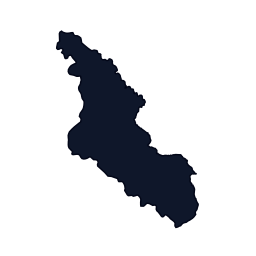 Elías, Huila, Colombia, rotated 262°
{"feature_id": "7082276B98315935443", "entity_name": "Elías", "entity_type": "district", "adm_level": 2, "iso_a3": "COL", "parent_name": "Colombia", "parent_adm1": "Huila", "projection": "orthographic", "projection_center": [-75.954, 2.003], "detail": "fine", "context": "isolated", "style": "filled", "palette": "ink", "viewbox_px": 256, "rotation_deg": 262, "n_neighbors": 0, "source": "geoboundaries", "source_scale": "gbopen_adm2", "svg_char_len": 5849}
<svg xmlns="http://www.w3.org/2000/svg" viewBox="0 0 256 256"><g transform="rotate(262 128 128)"><path d="M233.1,75.7L232.4,74.0L231.0,73.2L223.4,72.4L222.6,71.5L221.9,70.1L217.9,68.7L216.8,68.5L215.7,69.3L215.6,70.5L216.2,72.2L216.0,73.2L215.7,74.0L214.8,74.5L214.2,74.6L213.6,74.2L213.1,73.6L211.9,72.8L210.8,74.1L210.1,74.7L209.0,74.9L206.0,75.3L205.4,76.0L205.5,77.2L205.9,78.0L207.2,78.6L207.9,79.2L208.2,81.3L207.5,82.1L205.4,82.9L201.1,85.7L200.1,85.8L199.2,85.3L198.8,83.4L197.7,80.5L196.3,78.8L194.2,77.2L192.2,76.7L190.5,77.1L189.2,78.0L187.8,81.9L186.5,84.1L186.2,85.6L186.2,87.5L185.8,88.2L184.4,88.3L181.9,88.4L179.9,87.5L178.2,87.0L175.7,85.1L174.4,84.7L173.0,84.7L171.9,84.9L169.4,86.1L167.6,86.6L165.8,86.6L163.7,86.8L162.0,87.6L160.4,88.3L158.5,88.0L156.6,87.6L154.0,86.7L152.5,85.8L149.1,82.7L146.3,81.5L144.2,82.7L142.8,82.8L140.5,81.9L139.6,80.2L136.4,74.9L134.5,72.2L132.3,69.5L130.6,68.5L129.0,67.8L127.0,67.6L124.3,67.5L122.8,67.1L119.9,66.6L118.3,66.5L116.6,66.8L115.3,67.7L112.2,69.9L110.7,69.0L110.1,68.9L109.6,69.2L109.3,70.1L109.2,74.0L108.7,75.5L107.9,76.4L105.6,77.3L104.2,78.2L103.5,79.9L103.5,81.8L103.8,83.4L104.8,85.9L104.7,86.8L101.5,89.5L100.9,92.4L100.2,93.1L99.0,93.7L97.6,93.6L96.3,92.8L94.6,92.7L87.3,98.8L83.2,101.5L82.4,104.9L79.4,110.7L77.0,111.1L76.3,111.4L76.1,112.2L76.0,113.7L75.8,114.7L75.0,115.6L73.0,116.4L71.3,116.8L68.8,116.8L67.9,116.7L67.1,116.2L66.4,116.1L64.0,117.2L62.0,118.0L61.0,118.9L60.9,120.0L60.9,122.0L60.7,122.6L60.3,123.2L59.8,123.7L59.8,124.4L60.0,126.1L60.3,127.4L60.0,128.6L59.1,129.3L57.6,130.3L56.8,130.6L55.3,130.8L52.6,130.2L50.2,129.9L48.9,129.9L48.7,131.1L48.5,132.5L48.8,133.2L50.8,136.0L50.8,136.7L50.4,138.2L49.9,139.1L48.5,141.0L48.0,141.7L48.0,143.5L47.8,144.5L47.2,145.0L46.6,145.2L45.4,145.1L44.3,144.8L43.3,144.7L42.5,145.0L42.0,145.3L41.9,145.2L40.0,146.8L39.9,146.7L37.8,147.9L36.0,148.8L35.4,149.4L35.2,150.1L35.5,150.9L36.7,152.3L36.9,153.1L36.5,154.0L35.8,154.7L34.1,156.3L32.3,157.4L29.7,160.0L28.8,160.8L28.0,161.1L27.2,161.4L26.5,161.4L26.3,161.2L24.5,160.9L22.9,161.6L22.9,162.2L23.1,163.5L23.8,165.3L23.8,165.9L24.0,166.6L24.9,167.5L25.9,168.8L26.3,169.8L26.4,170.6L26.5,171.5L26.6,172.2L26.7,172.9L27.2,173.6L27.6,174.4L28.3,176.4L29.6,179.1L30.8,180.8L31.6,181.6L32.8,182.8L33.1,183.0L33.9,182.8L35.0,182.8L35.4,183.0L36.3,183.4L37.6,184.8L40.0,185.8L41.9,186.7L42.5,186.8L43.1,186.8L44.5,186.1L47.0,185.4L48.4,185.4L48.8,185.0L49.7,184.6L50.3,184.5L52.4,184.2L53.4,184.2L57.8,185.3L58.6,185.3L59.5,185.1L60.3,185.0L61.0,184.5L61.9,184.4L62.3,184.3L62.5,184.0L62.7,183.1L63.3,183.2L64.0,183.3L65.5,182.3L66.9,182.0L68.2,182.4L69.1,182.5L70.4,182.4L72.1,182.6L73.4,184.3L73.7,185.1L73.6,185.7L73.5,186.0L73.4,186.8L73.4,187.4L73.2,188.0L73.0,189.5L74.1,187.8L75.3,187.3L76.3,186.5L77.7,185.8L79.1,185.8L80.0,185.4L81.2,184.0L82.8,182.5L84.4,181.8L85.3,181.5L86.3,181.8L87.6,182.1L87.9,181.8L88.0,181.2L88.2,180.9L88.8,180.9L89.2,180.6L89.9,179.8L90.6,178.6L90.8,178.3L92.3,177.7L92.6,177.1L93.5,176.9L94.1,176.4L95.0,171.7L95.1,170.8L94.9,170.1L95.1,169.5L95.0,168.3L94.8,167.8L94.8,166.9L95.1,166.4L94.8,165.7L94.8,165.1L95.2,164.2L95.0,163.8L95.5,162.1L95.7,160.6L95.6,159.6L95.6,158.7L95.8,158.2L95.9,157.4L96.0,157.1L96.5,156.9L96.7,156.6L96.7,156.1L96.9,155.7L97.3,155.4L97.5,154.9L97.9,154.4L98.4,154.2L98.8,153.9L98.9,153.6L98.8,152.9L99.2,152.8L99.4,152.8L99.8,153.0L101.4,153.4L101.7,153.4L102.1,153.3L102.9,152.7L103.5,152.4L103.9,152.1L104.1,151.8L104.1,151.3L104.4,150.8L105.2,149.6L105.8,148.7L105.9,146.8L106.9,146.3L107.3,145.6L107.6,145.4L108.7,145.4L108.9,145.7L109.1,146.2L109.4,146.6L110.9,148.0L112.0,148.6L112.4,148.8L112.8,148.8L113.8,148.6L114.1,148.3L115.1,148.5L116.2,148.1L116.8,148.5L117.3,148.4L118.0,148.0L118.4,147.6L119.0,147.4L119.0,147.0L119.2,146.7L119.7,146.7L120.3,146.9L120.5,146.5L120.8,145.8L121.3,145.2L123.2,143.4L125.0,141.5L125.8,141.0L126.1,140.5L126.3,139.6L127.5,139.0L128.1,138.0L129.5,137.6L129.8,137.2L130.0,136.5L130.3,136.2L131.0,136.0L131.8,136.1L132.9,135.8L133.6,135.8L134.8,135.3L135.6,135.0L135.9,135.1L136.9,136.5L137.5,137.0L138.4,137.2L139.4,137.8L140.3,138.1L141.7,138.8L143.1,140.7L146.3,141.4L146.8,141.8L147.1,142.2L147.2,142.7L146.7,144.4L147.1,144.6L147.7,144.4L147.9,144.7L148.4,146.0L148.5,147.2L149.3,147.3L150.3,147.8L151.0,148.5L151.7,148.6L152.3,148.5L153.8,147.9L153.9,147.6L153.8,147.4L153.7,146.9L154.2,146.5L155.9,146.3L156.9,146.4L157.7,146.4L158.2,146.0L158.6,145.6L158.7,144.7L158.6,144.0L158.2,143.5L157.9,142.8L157.9,142.5L158.3,142.1L159.1,141.9L161.2,141.7L161.6,141.4L161.6,140.9L161.3,139.5L161.2,139.0L161.5,138.8L162.1,138.9L162.6,139.1L163.1,138.8L163.8,138.6L165.3,138.6L165.7,138.4L165.9,137.9L165.9,137.2L166.1,136.6L166.8,136.2L168.2,135.8L168.7,135.4L168.9,134.9L168.9,134.1L168.7,133.3L168.0,131.4L168.1,130.8L168.7,131.0L169.4,131.5L169.8,132.0L170.8,131.4L171.9,131.2L173.1,131.3L173.9,131.3L174.4,131.1L175.3,130.3L175.7,129.5L176.1,128.0L176.6,127.9L177.9,127.9L179.3,127.6L181.0,127.5L181.8,127.2L183.3,126.2L183.7,125.3L183.5,124.4L183.6,123.4L184.0,123.2L184.5,123.0L185.1,123.0L185.7,123.4L185.9,124.2L186.3,125.1L186.7,125.4L187.4,125.4L189.0,125.0L190.4,124.5L191.4,123.6L191.9,122.7L192.6,121.9L193.2,121.5L194.0,121.6L194.8,121.5L195.8,121.8L197.2,121.6L197.8,121.3L198.9,119.7L199.0,119.0L197.9,118.2L197.7,117.4L197.7,116.8L198.0,115.9L199.0,114.8L199.0,112.8L199.6,111.7L200.2,111.3L201.4,111.0L202.6,111.1L203.4,111.0L204.5,111.3L205.0,111.0L205.3,110.6L205.4,110.0L205.7,109.1L206.4,108.5L207.8,108.3L208.9,108.0L209.8,105.5L209.8,104.7L209.5,103.1L210.2,101.9L213.1,98.9L216.9,95.5L218.8,93.9L221.7,93.9L223.7,93.7L225.1,92.4L226.2,91.0L226.6,89.3L226.8,88.2L228.0,87.2L229.4,86.9L230.1,86.6L230.2,85.7L230.2,84.5L230.1,83.0L230.2,81.6L230.4,80.2L230.9,78.7L232.1,76.5L233.1,75.7Z" fill="#0f172a" stroke="#020617" stroke-width="1.5"/></g></svg>